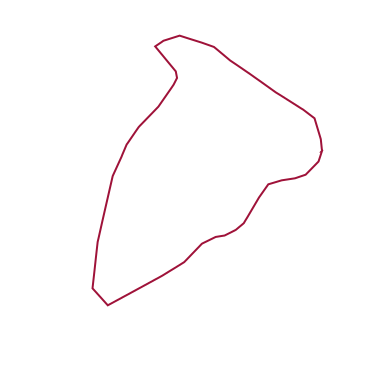 the district of Leewehpea-Mahn, Nimba, Liberia, rotated 27°
{"feature_id": "62588387B51124182778876", "entity_name": "Leewehpea-Mahn", "entity_type": "district", "adm_level": 2, "iso_a3": "LBR", "parent_name": "Liberia", "parent_adm1": "Nimba", "projection": "natural_earth1", "projection_center": [-8.897, 7.043], "detail": "fine", "context": "isolated", "style": "outline", "palette": "rose", "viewbox_px": 384, "rotation_deg": 27, "n_neighbors": 0, "source": "geoboundaries", "source_scale": "gbopen_adm2", "svg_char_len": 1079}
<svg xmlns="http://www.w3.org/2000/svg" viewBox="0 0 384 384"><g transform="rotate(27 192 192)"><path d="M93.1,79.0L122.8,91.9L126.9,97.2L126.9,104.7L126.3,109.5L123.3,131.3L115.8,155.7L115.5,156.6L115.0,158.5L114.3,163.6L112.4,178.3L112.2,179.2L113.0,190.6L113.2,192.5L114.1,213.8L118.2,230.1L125.3,258.4L129.7,275.6L130.6,279.3L134.5,289.7L141.3,307.6L147.1,323.0L167.4,330.8L168.4,331.2L187.6,303.3L199.7,285.6L200.1,285.1L203.6,279.9L207.3,273.8L207.6,273.3L210.5,268.6L216.9,258.0L220.0,247.8L224.3,233.6L225.0,232.6L227.5,229.3L233.5,221.3L239.8,216.7L240.8,216.0L248.2,205.9L252.3,196.3L252.5,193.0L252.8,189.4L254.2,166.5L256.5,150.5L258.3,148.8L266.6,140.9L277.6,133.0L280.8,129.7L285.4,125.0L290.9,107.4L290.2,102.8L289.3,97.1L288.9,97.3L289.2,95.9L288.3,95.0L282.8,86.5L281.3,84.9L267.7,70.7L261.6,69.6L253.4,68.1L251.6,68.0L226.4,65.6L221.4,65.2L206.9,63.0L189.8,60.5L172.1,58.2L171.2,58.1L166.3,57.5L148.5,53.4L145.7,52.8L141.8,53.3L132.8,54.5L119.8,56.7L118.0,57.0L110.0,58.3L97.9,70.2L96.7,72.5L93.1,79.0Z" fill="none" stroke="#9f1239" stroke-width="2"/></g></svg>